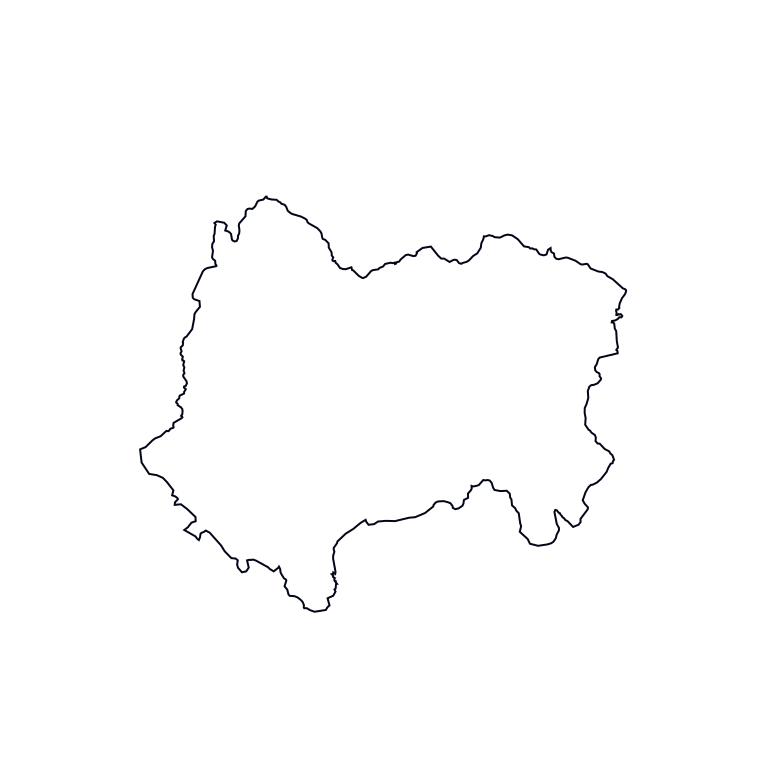 Walikale, Nord-Kivu, Democratic Republic of the Congo (orthographic projection), rotated 51°
{"feature_id": "63176286B33968238717987", "entity_name": "Walikale", "entity_type": "district", "adm_level": 2, "iso_a3": "COD", "parent_name": "Democratic Republic of the Congo", "parent_adm1": "Nord-Kivu", "projection": "orthographic", "projection_center": [28.228, -1.084], "detail": "fine", "context": "isolated", "style": "outline", "palette": "ink", "viewbox_px": 768, "rotation_deg": 51, "n_neighbors": 0, "source": "geoboundaries", "source_scale": "gbopen_adm2", "svg_char_len": 6165}
<svg xmlns="http://www.w3.org/2000/svg" viewBox="0 0 768 768"><g transform="rotate(51 384 384)"><path d="M306.7,261.1L302.5,268.5L302.1,275.7L303.2,276.2L304.2,278.8L303.1,280.7L298.6,283.8L297.5,286.0L297.7,292.7L298.4,295.2L297.4,297.2L298.0,299.1L297.7,299.9L296.4,299.2L295.8,300.9L293.8,302.7L291.4,307.6L292.1,310.7L291.0,314.3L291.2,316.4L288.6,320.8L288.1,322.8L289.4,330.3L288.6,333.4L287.9,334.1L284.4,335.5L276.3,336.4L275.4,337.1L272.8,335.9L270.7,341.5L268.7,343.6L266.1,345.2L261.9,344.8L259.4,345.3L257.7,344.5L256.7,346.0L255.7,346.3L254.9,345.9L253.6,343.7L251.3,343.8L249.4,342.3L247.8,341.7L243.3,341.1L239.8,338.5L234.8,339.0L233.0,340.2L231.8,340.1L227.6,337.8L225.2,337.4L220.8,337.8L211.7,341.4L210.1,341.6L208.0,340.8L206.2,341.1L201.7,343.1L194.0,348.4L192.2,349.1L188.8,349.8L184.8,348.5L182.3,348.4L179.2,350.3L177.2,350.4L176.0,351.1L173.2,351.6L169.9,355.2L166.9,357.5L166.0,357.9L164.5,357.3L164.1,357.9L164.7,361.8L162.7,365.8L162.6,367.4L164.9,372.5L165.1,376.1L162.9,378.3L162.1,379.9L162.6,382.6L166.5,386.1L168.1,395.4L169.3,397.0L173.7,399.7L176.0,402.0L176.8,404.0L179.0,406.0L180.1,408.6L179.2,410.4L177.4,411.3L176.2,411.3L171.2,408.5L169.3,408.5L167.4,409.1L164.8,410.8L161.8,406.4L158.1,406.7L152.5,411.4L152.2,414.5L154.3,414.5L155.4,416.3L160.7,421.2L161.7,423.1L166.1,426.3L167.2,429.4L169.6,431.6L172.9,433.1L177.2,437.8L178.9,438.3L182.0,437.7L184.6,439.5L186.4,439.6L186.9,440.1L182.7,448.3L182.1,450.9L182.4,453.7L193.6,476.2L196.6,478.3L198.6,478.2L203.4,475.2L208.2,478.5L209.5,484.9L210.5,487.4L213.9,490.6L220.6,498.5L222.9,507.7L222.5,509.8L223.0,511.3L224.8,514.1L225.8,514.4L227.4,516.2L227.5,518.6L228.1,519.5L231.2,520.7L232.0,522.7L233.0,523.4L236.2,523.2L237.9,525.4L238.9,525.8L239.5,525.1L240.6,525.0L242.9,528.1L245.4,528.7L247.6,531.4L250.0,532.2L250.6,534.4L251.9,535.3L257.5,535.7L259.5,536.8L260.7,539.2L260.1,540.9L260.9,541.7L263.3,541.3L264.4,544.4L265.6,545.4L264.5,549.9L264.7,550.6L266.3,552.2L266.4,555.2L267.4,557.1L269.7,556.9L270.6,557.7L274.3,556.5L276.4,556.5L278.1,557.4L280.5,559.7L281.1,561.7L282.1,561.3L283.0,561.6L283.2,562.7L281.8,572.0L283.6,574.0L285.2,574.7L285.4,575.5L284.3,578.2L285.0,580.3L284.9,581.4L283.5,582.6L284.0,590.5L282.2,596.2L282.1,599.2L283.0,609.0L281.3,614.7L292.5,621.8L306.1,623.1L311.9,617.9L317.8,614.9L323.8,614.4L334.1,614.6L337.2,618.7L340.1,616.9L342.9,616.3L343.9,616.7L344.4,620.9L346.2,622.7L349.7,617.5L357.6,615.6L368.7,614.2L372.1,616.7L370.6,620.9L371.9,626.5L371.8,631.1L383.9,626.4L386.6,626.6L388.8,626.1L387.3,623.4L384.9,620.8L384.8,619.6L385.6,617.1L385.7,614.8L389.9,613.0L407.1,612.2L413.8,613.1L423.3,612.2L426.2,609.2L429.0,608.6L431.9,611.8L434.9,613.1L440.9,612.9L442.9,609.0L441.6,604.7L434.9,601.4L435.8,599.4L437.1,598.1L437.9,596.4L440.3,594.8L453.5,589.4L455.8,589.2L460.2,587.6L460.3,581.5L459.9,580.6L462.4,581.1L465.4,583.0L467.9,583.5L472.2,584.0L474.1,583.3L475.3,583.6L478.6,588.6L483.0,588.6L487.3,590.6L489.3,590.6L492.5,587.1L495.5,585.5L499.1,584.6L502.0,584.4L505.3,585.3L507.2,587.0L508.0,587.1L509.6,585.1L513.2,583.8L517.3,581.3L523.0,571.4L521.9,568.4L521.8,565.7L515.0,562.7L516.6,556.7L514.8,552.3L512.5,551.8L512.5,550.3L509.2,547.1L509.7,546.3L507.0,546.3L506.8,545.6L505.6,546.2L504.1,545.2L503.9,544.4L501.8,545.0L500.9,544.0L498.9,544.3L499.5,542.8L498.6,542.0L500.8,541.4L499.5,539.9L487.6,533.4L485.3,531.4L483.1,528.1L481.0,527.3L479.7,526.1L478.1,520.5L477.1,519.4L476.2,508.1L477.3,499.0L477.2,489.8L478.0,483.8L479.9,484.5L483.7,484.6L486.7,479.8L487.1,475.2L491.5,468.7L497.5,461.7L503.8,448.5L507.1,443.6L510.1,433.3L510.2,422.9L509.2,421.5L508.6,418.5L509.3,415.9L512.7,411.2L516.2,408.7L518.4,407.4L521.9,407.5L523.6,408.5L526.2,407.3L527.6,404.2L528.0,399.7L526.9,397.5L524.4,394.8L525.4,390.3L522.0,387.7L521.2,383.1L520.4,381.6L518.3,380.1L519.8,379.1L521.5,375.9L522.2,373.8L521.1,367.3L522.6,366.0L523.9,363.8L525.6,362.6L528.4,362.5L533.4,364.5L535.9,364.8L540.5,360.9L544.2,355.8L548.4,355.3L551.7,357.4L553.9,357.6L558.9,360.9L563.0,360.2L565.7,360.9L569.2,360.6L578.3,366.0L580.8,366.9L584.3,371.5L594.9,369.9L600.0,371.1L606.7,366.1L611.6,357.8L613.0,354.2L613.2,351.6L611.9,347.4L609.8,344.7L607.8,340.1L605.9,338.6L601.5,337.8L590.7,332.1L589.7,330.1L591.0,329.2L594.2,329.2L595.2,328.6L596.7,329.1L597.9,328.8L599.8,329.1L601.9,328.5L603.8,328.7L606.0,327.7L614.1,327.0L615.8,321.3L615.0,318.1L612.5,316.2L609.6,304.6L608.2,303.1L603.1,303.4L599.4,302.7L594.9,295.4L592.9,290.1L592.6,286.7L593.5,285.4L594.6,280.6L594.4,275.3L592.4,266.3L590.3,262.5L588.6,258.1L589.4,256.2L588.1,254.7L587.7,252.9L583.0,251.3L580.6,251.8L578.0,251.4L573.4,253.4L566.2,253.9L564.6,255.5L561.4,255.5L559.0,253.1L556.3,252.2L552.4,253.4L549.8,253.2L548.4,253.8L542.3,253.3L537.3,248.7L532.8,246.3L529.0,243.1L527.1,239.3L523.4,234.0L517.8,230.1L515.3,226.1L515.3,223.7L516.9,221.1L517.9,217.5L517.1,212.9L516.3,211.8L513.6,211.6L512.0,210.2L510.8,210.1L508.6,211.2L506.2,211.2L503.6,209.5L502.5,206.3L499.5,201.8L499.2,199.7L507.2,183.1L505.2,181.8L503.7,182.0L502.9,179.2L497.2,176.1L489.1,170.3L486.1,169.7L481.8,167.0L480.6,167.2L479.4,168.3L478.5,167.1L480.1,164.4L480.6,161.2L480.2,159.1L481.6,157.6L481.1,156.0L478.7,156.0L478.1,157.5L477.4,157.7L477.1,159.6L476.5,160.0L475.3,158.6L472.9,157.4L472.3,156.5L473.4,155.3L473.0,153.2L472.2,153.0L469.7,150.1L467.1,145.1L465.8,140.0L464.3,137.6L463.5,136.9L462.3,136.9L459.8,138.2L446.5,140.3L440.9,142.5L437.7,142.3L434.5,143.8L431.4,146.7L424.3,150.7L419.0,150.3L418.0,151.0L416.2,154.4L414.7,155.8L408.7,157.6L401.4,161.8L400.0,163.3L396.9,169.8L395.1,171.3L392.4,171.5L389.5,169.8L387.1,170.8L385.3,170.5L383.2,169.0L382.9,172.0L385.6,176.2L384.6,178.8L381.8,181.0L380.3,181.5L375.3,181.0L373.6,182.7L372.1,183.2L370.9,185.0L368.9,185.3L365.1,188.6L355.7,188.9L349.1,190.9L345.8,193.8L344.4,196.6L343.1,201.9L339.3,205.8L337.5,206.3L334.5,208.7L333.2,212.3L332.1,213.4L334.1,215.9L335.9,219.8L339.0,223.0L341.2,229.4L340.6,234.0L341.4,240.3L341.1,242.9L339.4,246.7L339.3,248.2L337.3,249.6L333.5,249.5L332.0,250.7L331.1,252.5L330.5,256.2L324.5,258.3L322.5,260.6L318.2,261.2L306.7,261.1Z" fill="none" stroke="#020617" stroke-width="2"/></g></svg>